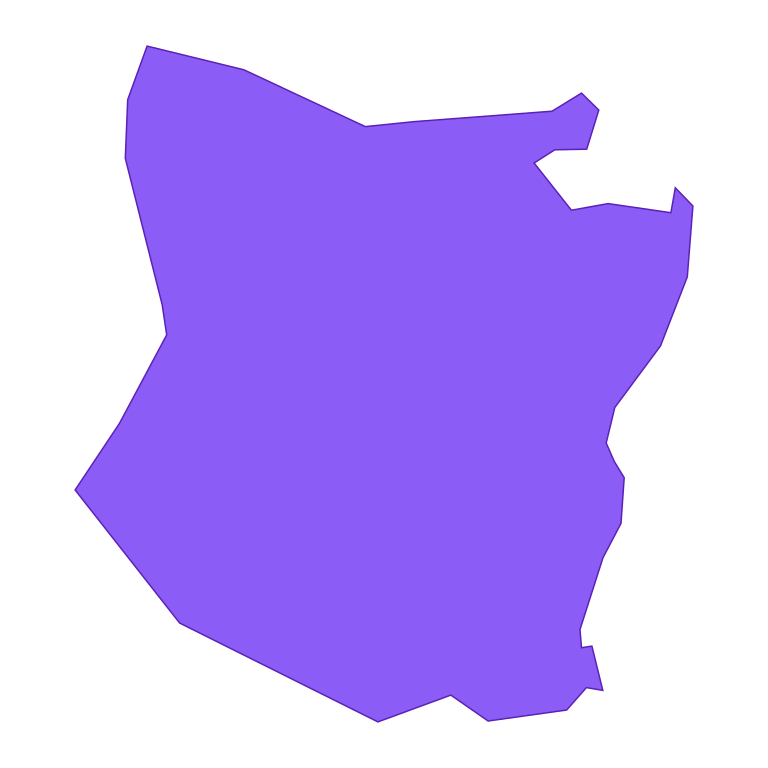 outline of Schoharie, New York, United States of America
{"feature_id": "52423323B40222754422720", "entity_name": "Schoharie", "entity_type": "district", "adm_level": 2, "iso_a3": "USA", "parent_name": "United States of America", "parent_adm1": "New York", "projection": "natural_earth1", "projection_center": [-74.351, 42.592], "detail": "fine", "context": "isolated", "style": "filled", "palette": "violet", "viewbox_px": 768, "rotation_deg": 0, "n_neighbors": 0, "source": "geoboundaries", "source_scale": "gbopen_adm2", "svg_char_len": 607}
<svg xmlns="http://www.w3.org/2000/svg" viewBox="0 0 768 768"><path d="M675.3,187.8L670.9,212.7L608.1,203.6L571.4,210.2L534.1,163.0L554.8,149.8L586.7,149.2L598.8,110.1L581.5,93.1L552.0,111.2L414.4,121.6L365.3,126.6L243.9,69.8L147.1,46.1L127.7,99.7L125.3,158.3L162.2,304.8L166.7,334.9L119.4,423.5L75.1,490.0L179.7,623.1L377.9,721.9L450.8,695.1L488.1,721.0L566.7,710.0L586.4,687.6L602.8,690.4L591.9,646.1L581.5,647.7L580.0,629.5L603.0,557.7L621.0,523.4L624.2,477.7L614.3,461.5L606.2,443.0L614.8,407.5L660.5,345.9L687.3,276.9L692.9,206.0L675.3,187.8Z" fill="#8b5cf6" stroke="#5b21b6" stroke-width="1.5"/></svg>